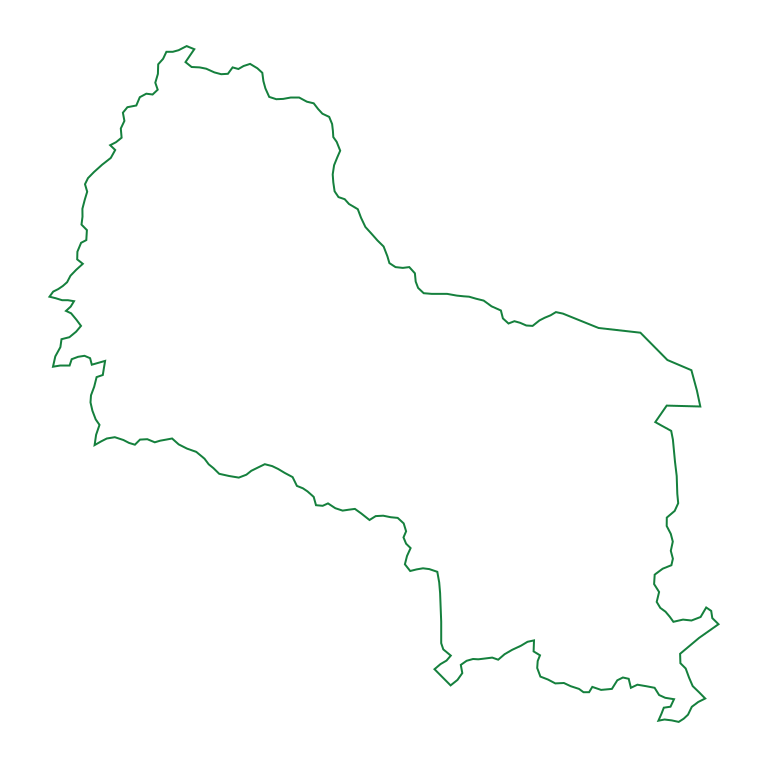 outline of Orleans, Santa Catarina, Brazil
{"feature_id": "56859067B52517514114560", "entity_name": "Orleans", "entity_type": "district", "adm_level": 2, "iso_a3": "BRA", "parent_name": "Brazil", "parent_adm1": "Santa Catarina", "projection": "robinson", "projection_center": [-49.38, -28.28], "detail": "fine", "context": "isolated", "style": "outline", "palette": "green", "viewbox_px": 768, "rotation_deg": 0, "n_neighbors": 0, "source": "geoboundaries", "source_scale": "gbopen_adm2", "svg_char_len": 3891}
<svg xmlns="http://www.w3.org/2000/svg" viewBox="0 0 768 768"><path d="M94.6,445.1L101.3,441.3L106.8,438.5L114.8,437.2L123.4,440.0L129.0,442.9L134.9,444.7L140.0,439.6L147.3,439.2L154.8,442.3L160.1,440.7L166.2,439.6L172.1,438.5L178.7,444.4L187.0,448.6L196.3,451.9L204.5,458.7L208.7,464.3L213.4,468.1L219.2,473.8L229.1,476.0L238.8,477.6L246.4,474.7L251.3,470.8L258.4,467.3L264.8,464.2L272.2,466.1L278.2,469.0L284.7,472.9L292.6,477.1L296.9,485.9L302.9,488.3L307.5,491.4L313.7,496.9L316.0,505.2L322.7,505.8L328.0,503.4L335.3,508.2L342.6,510.6L348.8,509.7L354.9,508.9L361.3,513.5L369.5,520.0L375.7,516.1L383.2,515.7L390.6,517.2L397.7,517.9L403.7,523.4L406.1,531.3L403.5,537.4L406.1,543.7L410.6,548.1L407.0,556.0L404.9,564.3L410.2,571.0L416.6,569.4L423.0,568.3L429.3,569.1L437.3,571.8L439.2,582.4L440.1,593.1L441.2,621.8L441.2,643.2L443.3,649.4L450.8,655.6L446.5,660.6L440.5,664.1L434.5,669.2L450.6,685.4L457.5,679.9L462.3,673.1L460.8,664.9L466.6,660.8L473.0,659.0L478.4,659.3L484.2,658.6L492.2,657.6L498.2,659.7L504.6,654.2L512.2,649.8L521.0,645.7L527.5,641.8L534.0,640.4L533.6,651.4L540.0,655.3L537.7,661.0L537.2,668.0L540.4,676.6L547.9,679.5L555.3,683.4L563.9,683.0L570.7,686.2L579.0,688.9L583.5,692.2L589.1,692.2L592.3,686.9L601.1,689.9L611.9,688.9L617.3,680.3L622.9,677.5L628.7,678.8L630.9,687.8L637.4,684.7L646.2,686.2L654.6,687.8L659.1,695.0L665.2,697.8L674.0,699.2L670.5,706.7L663.8,707.7L661.4,713.9L658.4,720.7L664.5,719.5L671.8,720.4L678.7,721.9L683.7,718.7L688.0,714.7L691.8,706.8L698.2,702.0L705.2,698.5L699.1,692.3L692.7,686.1L689.0,677.5L685.7,668.5L680.4,663.2L680.1,653.8L699.2,637.8L718.5,624.2L712.3,618.1L711.2,610.9L706.2,607.5L700.6,617.0L691.5,620.5L683.0,619.6L673.4,621.8L669.8,616.8L665.5,611.7L660.3,607.9L656.7,601.9L659.1,592.0L654.1,584.1L654.7,574.6L662.7,568.7L671.4,565.2L672.9,558.7L670.8,550.8L672.8,541.6L670.8,533.9L666.7,526.0L666.8,517.6L674.7,510.9L678.2,503.2L677.3,493.8L676.7,476.0L675.0,461.8L672.9,439.6L671.2,430.9L661.2,425.4L655.3,422.1L666.7,405.6L700.3,406.5L696.9,390.5L691.4,370.2L667.4,360.0L640.4,332.7L598.6,328.0L562.9,313.6L555.9,312.1L550.6,315.3L544.8,317.7L539.5,320.4L532.6,325.9L526.3,325.5L520.1,322.8L514.4,321.2L508.5,323.5L502.9,318.4L500.9,310.5L491.5,306.3L483.7,300.6L476.0,298.7L469.1,296.7L463.7,296.3L456.8,295.6L447.3,293.9L439.5,293.9L432.1,293.9L423.7,293.2L418.1,287.9L415.7,281.6L414.9,273.3L409.3,267.1L402.8,267.9L395.5,267.1L389.4,263.1L387.4,256.3L383.6,246.5L377.4,240.4L372.2,234.5L365.4,227.0L361.0,217.7L357.8,209.2L349.0,204.0L344.7,199.2L338.5,197.1L334.6,191.3L333.3,182.4L332.7,174.4L334.1,165.2L337.3,157.3L340.2,150.7L336.7,141.9L333.3,137.1L332.9,130.8L332.1,124.0L329.2,116.9L322.4,113.7L318.1,109.0L313.7,103.3L306.9,101.7L299.1,97.5L290.9,97.5L283.2,98.9L276.3,99.2L269.2,96.9L265.4,88.4L263.4,81.1L262.3,72.8L257.4,68.3L250.1,63.9L243.6,66.0L238.4,69.0L232.6,67.4L227.9,73.8L221.2,74.2L214.4,72.4L206.2,68.7L199.7,67.4L191.6,67.0L185.5,62.1L190.1,55.3L194.3,49.2L186.6,46.1L178.6,50.2L172.8,51.8L166.4,51.8L163.1,58.8L158.2,64.3L157.9,73.9L155.3,82.7L157.7,89.7L152.6,94.5L146.3,93.7L139.8,97.2L136.3,105.5L127.4,107.2L122.9,112.7L124.4,120.9L120.8,128.5L121.6,137.7L116.0,142.2L110.2,145.2L115.2,150.0L110.8,157.9L102.0,164.8L93.9,172.1L88.0,178.1L85.0,184.2L87.2,191.7L84.8,199.6L82.4,208.8L82.5,216.7L81.5,224.6L86.9,230.1L86.3,240.1L81.1,242.8L77.4,251.7L77.2,259.4L82.8,263.8L76.1,269.9L70.5,275.7L67.1,282.2L62.8,286.0L58.2,289.1L53.2,291.6L49.5,296.7L55.6,298.2L62.1,300.2L67.9,300.2L74.0,301.2L70.7,306.6L66.0,310.9L71.1,313.3L76.4,319.7L81.0,325.9L76.1,331.7L69.4,337.2L61.5,339.2L60.4,347.1L55.3,356.4L53.0,366.7L60.4,365.5L69.6,365.5L71.7,359.2L78.1,356.8L84.5,355.8L90.1,358.2L91.8,364.7L97.4,363.1L105.1,360.9L103.9,368.1L102.8,375.0L96.6,377.1L94.2,386.7L91.0,395.3L90.5,402.4L92.4,410.7L95.7,419.4L99.5,424.9L96.1,434.8L94.6,445.1Z" fill="none" stroke="#15803d" stroke-width="2"/></svg>